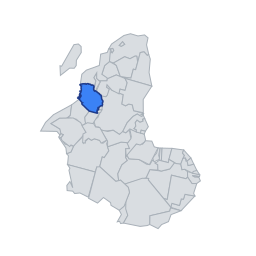 location of United Republic of Tanzania within Africa, rotated 195°
{"feature_id": "TZA", "entity_name": "United Republic of Tanzania", "entity_type": "country or territory", "adm_level": 0, "iso_a3": "TZA", "parent_name": "Africa", "parent_adm1": "", "projection": "mercator", "projection_center": [35.057, -6.356], "detail": "fine", "context": "in_parent", "style": "filled", "palette": "blue", "viewbox_px": 256, "rotation_deg": 195, "n_neighbors": 49, "source": "natural_earth", "source_scale": "50m", "svg_char_len": 13655}
<svg xmlns="http://www.w3.org/2000/svg" viewBox="0 0 256 256"><g transform="rotate(195 128 128)"><path d="M66.2,62.5L66.1,66.6L58.2,66.5L58.2,73.3L56.0,73.6L55.8,78.7L45.8,79.6L55.4,61.8L66.2,62.5Z" fill="#d9dde1" stroke="#a8b0b8" stroke-width="1"/><path d="M158.6,142.8L162.0,152.2L157.2,152.7L156.3,160.7L159.3,161.7L159.5,164.4L153.3,160.3L141.2,159.0L140.1,149.6L136.1,148.8L133.5,151.3L129.8,151.5L127.0,146.2L116.9,146.0L120.4,142.8L122.7,143.9L126.2,140.4L130.2,132.9L132.4,121.6L134.6,119.6L141.8,122.0L149.7,119.0L153.9,119.1L156.4,121.4L159.6,120.6L163.1,126.5L159.9,130.4L158.6,142.8Z" fill="#d9dde1" stroke="#a8b0b8" stroke-width="1"/><path d="M188.4,135.9L187.0,125.1L189.7,121.5L196.6,119.7L203.5,112.3L193.5,109.4L190.8,106.0L192.2,103.8L195.8,106.3L211.6,102.4L209.1,112.1L203.4,121.6L188.4,135.9Z" fill="#d9dde1" stroke="#a8b0b8" stroke-width="1"/><path d="M182.6,143.2L169.7,134.2L172.5,127.2L170.0,121.5L173.1,118.4L180.0,123.1L189.1,122.3L187.0,125.1L188.4,135.9L182.6,143.2Z" fill="#d9dde1" stroke="#a8b0b8" stroke-width="1"/><path d="M147.0,111.8L145.2,110.7L144.3,110.0L144.6,107.2L140.6,101.0L143.3,93.2L145.4,93.4L145.3,82.2L148.1,82.2L148.1,77.0L176.9,77.0L178.4,85.8L180.7,87.3L176.9,90.0L175.5,98.5L170.6,105.8L169.9,110.6L166.9,101.8L163.5,107.9L160.2,106.7L157.7,108.9L152.3,108.7L148.3,106.7L145.4,110.8L147.0,111.8Z" fill="#d9dde1" stroke="#a8b0b8" stroke-width="1"/><path d="M145.3,83.3L145.4,93.4L143.3,93.2L140.6,101.0L142.9,104.6L131.0,112.6L124.4,113.7L121.2,108.5L124.9,107.4L122.8,99.1L120.2,96.5L124.4,90.8L126.0,81.2L123.4,74.7L125.9,73.3L145.3,83.3Z" fill="#d9dde1" stroke="#a8b0b8" stroke-width="1"/><path d="M127.0,204.4L128.2,203.1L132.2,205.7L135.7,204.1L135.7,194.1L138.1,199.6L139.8,199.3L144.0,195.4L149.7,196.0L158.9,187.0L163.1,187.4L164.9,193.0L164.7,196.9L162.8,196.6L161.9,199.4L163.4,200.9L167.1,199.4L165.6,204.9L155.9,216.3L150.0,219.7L142.2,219.5L136.1,222.2L132.0,220.3L131.6,213.1L127.0,204.4ZM157.8,205.5L155.6,205.2L152.9,208.0L155.6,209.9L157.8,205.5Z" fill="#d9dde1" stroke="#a8b0b8" stroke-width="1"/><path d="M157.8,205.5L155.6,209.9L152.9,208.0L155.6,205.2L157.8,205.5Z" fill="#d9dde1" stroke="#a8b0b8" stroke-width="1"/><path d="M163.1,187.4L155.4,185.4L148.7,175.7L153.1,176.2L160.9,170.0L167.2,173.1L166.7,182.3L163.1,187.4Z" fill="#d9dde1" stroke="#a8b0b8" stroke-width="1"/><path d="M158.9,187.0L149.7,196.0L144.0,195.4L139.8,199.3L138.1,199.6L135.7,194.1L135.7,186.3L138.1,186.2L138.1,177.0L148.7,175.7L155.4,185.4L158.9,187.0Z" fill="#d9dde1" stroke="#a8b0b8" stroke-width="1"/><path d="M135.7,186.3L135.7,204.1L132.2,205.7L128.2,203.1L127.0,204.4L124.3,200.3L122.0,187.0L115.8,174.6L148.3,175.3L138.1,177.0L138.1,186.2L135.7,186.3Z" fill="#d9dde1" stroke="#a8b0b8" stroke-width="1"/><path d="M46.6,98.5L44.4,95.6L48.1,91.3L51.8,90.9L57.7,95.9L59.3,101.3L46.7,101.5L46.3,99.6L53.6,98.7L46.6,98.5Z" fill="#d9dde1" stroke="#a8b0b8" stroke-width="1"/><path d="M59.3,101.3L57.7,95.9L58.9,94.0L73.8,93.7L71.6,69.1L75.3,69.1L94.9,83.0L95.0,84.6L97.7,84.4L96.1,93.5L84.7,95.0L77.5,98.8L74.1,106.5L67.7,106.9L65.1,101.7L62.6,102.8L59.3,101.3Z" fill="#d9dde1" stroke="#a8b0b8" stroke-width="1"/><path d="M45.8,79.6L55.8,78.7L56.0,73.6L58.2,73.3L58.2,66.5L66.1,66.6L66.2,62.5L75.3,69.1L71.6,69.1L73.8,93.7L58.9,94.0L57.7,95.9L51.8,90.9L47.2,92.1L47.7,81.9L45.8,79.6Z" fill="#d9dde1" stroke="#a8b0b8" stroke-width="1"/><path d="M93.8,116.6L91.8,116.9L91.3,109.5L89.2,106.2L94.2,101.9L96.5,105.6L93.9,111.1L93.8,116.6Z" fill="#d9dde1" stroke="#a8b0b8" stroke-width="1"/><path d="M123.4,74.7L126.0,81.2L124.4,90.8L120.2,96.5L122.8,99.1L121.8,101.2L119.1,98.5L109.2,100.4L100.5,97.8L97.3,98.6L96.1,103.3L89.8,100.3L88.2,95.1L96.1,93.5L97.7,84.4L116.5,73.1L121.7,75.7L123.4,74.7Z" fill="#d9dde1" stroke="#a8b0b8" stroke-width="1"/><path d="M93.8,116.6L97.9,98.1L109.2,100.4L119.1,98.5L122.7,102.2L115.8,114.8L109.7,116.1L108.0,120.2L101.6,121.5L97.8,116.6L93.8,116.6Z" fill="#d9dde1" stroke="#a8b0b8" stroke-width="1"/><path d="M122.5,100.3L124.9,107.4L121.2,108.5L124.8,113.1L122.5,120.3L126.0,127.6L110.7,126.3L107.9,120.9L108.6,118.5L111.9,114.7L115.8,114.8L122.5,100.3Z" fill="#d9dde1" stroke="#a8b0b8" stroke-width="1"/><path d="M89.5,104.9L91.8,116.9L89.9,117.4L87.2,105.6L89.5,104.9Z" fill="#d9dde1" stroke="#a8b0b8" stroke-width="1"/><path d="M87.3,104.9L89.9,117.4L80.3,119.7L80.1,105.0L87.3,104.9Z" fill="#d9dde1" stroke="#a8b0b8" stroke-width="1"/><path d="M67.7,106.9L72.2,106.1L80.4,108.3L80.3,119.7L68.5,121.2L68.9,117.9L66.4,116.1L67.7,106.9Z" fill="#d9dde1" stroke="#a8b0b8" stroke-width="1"/><path d="M54.0,101.0L62.6,102.8L65.1,101.7L67.7,106.9L67.1,113.1L64.9,114.0L63.5,111.0L61.7,111.5L60.2,107.3L55.1,110.1L50.5,104.8L54.0,101.0Z" fill="#d9dde1" stroke="#a8b0b8" stroke-width="1"/><path d="M46.7,101.5L54.0,101.0L53.8,102.9L50.5,104.8L46.7,101.5Z" fill="#d9dde1" stroke="#a8b0b8" stroke-width="1"/><path d="M66.8,113.1L66.4,116.1L68.9,117.9L68.5,121.2L59.5,115.3L62.4,111.3L64.9,114.0L66.8,113.1Z" fill="#d9dde1" stroke="#a8b0b8" stroke-width="1"/><path d="M55.1,110.1L60.2,107.3L62.4,111.3L59.5,115.3L55.1,110.1Z" fill="#d9dde1" stroke="#a8b0b8" stroke-width="1"/><path d="M74.1,106.5L76.9,99.4L84.7,95.0L88.2,95.1L89.8,100.3L92.6,100.9L89.5,104.9L80.1,105.0L80.4,108.3L74.1,106.5Z" fill="#d9dde1" stroke="#a8b0b8" stroke-width="1"/><path d="M153.9,119.1L146.6,119.4L141.8,122.0L134.6,119.6L132.2,123.3L128.9,122.8L126.2,126.3L122.4,118.6L124.4,113.7L131.0,112.6L142.9,104.6L144.3,110.0L153.9,119.1Z" fill="#d9dde1" stroke="#a8b0b8" stroke-width="1"/><path d="M132.2,123.3L130.2,132.9L126.2,140.4L122.7,143.9L118.0,142.6L116.3,144.1L114.3,141.5L116.1,140.2L115.2,138.6L117.9,136.6L121.3,137.9L122.4,135.1L120.9,131.8L122.0,128.9L119.6,128.6L119.1,126.3L126.0,127.6L128.9,122.8L132.2,123.3Z" fill="#d9dde1" stroke="#a8b0b8" stroke-width="1"/><path d="M114.7,126.3L118.8,126.2L119.6,128.6L122.0,128.9L120.9,131.8L122.4,135.1L121.3,137.9L117.9,136.6L115.2,138.6L116.1,140.2L114.3,141.5L108.7,134.5L110.4,129.4L114.7,129.3L114.7,126.3Z" fill="#d9dde1" stroke="#a8b0b8" stroke-width="1"/><path d="M110.7,126.3L114.7,126.3L114.7,129.3L110.4,129.4L110.7,126.3Z" fill="#d9dde1" stroke="#a8b0b8" stroke-width="1"/><path d="M162.0,152.2L168.1,155.5L166.8,165.5L168.1,166.2L160.7,168.2L160.9,170.0L153.1,176.2L143.7,175.1L140.5,171.5L140.6,163.5L145.7,163.5L145.4,158.6L153.3,160.3L159.5,164.4L159.3,161.7L156.3,160.7L156.5,154.2L157.8,152.4L162.0,152.2Z" fill="#d9dde1" stroke="#a8b0b8" stroke-width="1"/><path d="M167.0,154.4L170.7,156.7L171.3,165.2L174.1,167.8L172.5,173.3L171.1,167.8L166.8,165.5L168.7,157.6L167.0,154.4Z" fill="#d9dde1" stroke="#a8b0b8" stroke-width="1"/><path d="M171.3,160.1L178.4,160.2L185.3,157.1L186.5,168.0L183.2,173.1L171.9,181.0L173.5,192.3L167.6,195.6L167.1,199.4L165.3,199.4L163.1,187.4L166.7,182.3L167.2,173.1L161.1,171.0L160.7,168.2L168.1,166.2L171.1,167.8L172.5,173.3L174.1,167.8L171.3,165.2L171.3,160.1Z" fill="#d9dde1" stroke="#a8b0b8" stroke-width="1"/><path d="M165.3,199.4L163.4,200.9L161.9,199.4L162.8,196.6L165.3,199.4Z" fill="#d9dde1" stroke="#a8b0b8" stroke-width="1"/><path d="M116.3,144.1L118.0,144.0L116.9,146.0L116.3,144.1ZM117.2,146.7L127.0,146.2L129.8,151.5L133.5,151.3L136.1,148.8L140.1,149.6L141.2,159.0L145.7,159.4L145.7,163.5L140.6,163.5L140.5,171.5L143.7,175.1L115.8,174.6L120.7,159.5L117.2,146.7Z" fill="#d9dde1" stroke="#a8b0b8" stroke-width="1"/><path d="M161.4,137.7L162.1,140.0L158.6,142.8L157.9,138.8L161.4,137.7Z" fill="#d9dde1" stroke="#a8b0b8" stroke-width="1"/><path d="M206.9,161.3L209.8,170.5L208.1,170.5L201.8,194.5L197.7,196.3L194.4,194.6L192.7,188.8L195.4,180.1L194.2,174.9L195.4,171.8L199.9,170.7L206.9,161.3Z" fill="#d9dde1" stroke="#a8b0b8" stroke-width="1"/><path d="M46.3,99.6L50.6,97.8L53.6,98.7L46.3,99.6Z" fill="#d9dde1" stroke="#a8b0b8" stroke-width="1"/><path d="M110.3,54.4L105.6,43.5L107.8,35.0L110.4,33.8L112.0,35.7L114.1,34.6L112.0,42.8L115.2,46.3L110.3,54.4Z" fill="#d9dde1" stroke="#a8b0b8" stroke-width="1"/><path d="M66.2,62.5L66.2,58.5L84.1,48.9L82.0,40.4L84.3,38.7L90.8,36.1L107.8,35.0L105.6,43.5L109.3,49.3L111.1,56.9L109.9,66.1L112.3,70.7L116.5,73.1L101.1,83.2L95.0,84.6L94.9,83.0L66.2,62.5Z" fill="#d9dde1" stroke="#a8b0b8" stroke-width="1"/><path d="M175.9,96.4L176.9,90.0L180.7,87.3L182.8,92.6L192.1,100.7L190.3,101.1L184.6,96.1L175.9,96.4Z" fill="#d9dde1" stroke="#a8b0b8" stroke-width="1"/><path d="M55.4,61.8L64.0,55.5L64.7,48.0L70.5,43.5L72.9,38.6L82.0,40.4L84.1,48.9L66.2,58.5L66.2,61.8L55.4,61.8Z" fill="#d9dde1" stroke="#a8b0b8" stroke-width="1"/><path d="M176.9,77.0L148.1,77.0L148.5,50.9L157.6,52.8L162.6,50.9L165.0,52.7L170.6,51.8L172.2,56.7L170.3,61.3L165.9,56.0L174.1,71.9L173.7,74.1L176.9,77.0Z" fill="#d9dde1" stroke="#a8b0b8" stroke-width="1"/><path d="M147.9,49.9L148.1,82.2L145.3,83.3L125.9,73.3L121.7,75.7L112.3,70.7L109.9,66.1L111.5,51.4L115.2,46.3L124.4,48.9L125.5,51.4L133.7,54.5L138.0,47.6L147.9,49.9Z" fill="#d9dde1" stroke="#a8b0b8" stroke-width="1"/><path d="M203.5,112.3L196.6,119.7L183.5,123.5L175.2,121.0L167.4,112.9L175.9,96.4L178.7,96.9L179.5,95.0L188.5,98.8L190.3,101.1L188.8,104.8L191.3,105.1L193.5,109.4L203.5,112.3Z" fill="#d9dde1" stroke="#a8b0b8" stroke-width="1"/><path d="M190.3,101.1L192.6,101.5L191.3,105.1L188.8,104.8L190.3,101.1Z" fill="#d9dde1" stroke="#a8b0b8" stroke-width="1"/><path d="M169.7,134.2L159.2,135.1L163.3,122.6L170.0,121.5L171.1,123.2L172.5,127.2L169.7,134.2Z" fill="#d9dde1" stroke="#a8b0b8" stroke-width="1"/><path d="M161.3,134.6L162.1,137.4L157.9,138.8L158.5,135.8L161.3,134.6Z" fill="#d9dde1" stroke="#a8b0b8" stroke-width="1"/><path d="M162.3,123.3L159.6,120.6L155.3,121.1L145.4,110.8L150.0,106.4L152.3,108.7L157.7,108.9L160.2,106.7L163.5,107.9L166.1,104.7L165.3,102.5L168.0,102.0L169.9,110.6L167.4,112.9L173.1,118.4L168.5,122.6L162.3,123.3Z" fill="#d9dde1" stroke="#a8b0b8" stroke-width="1"/><path d="M167.3,154.8L167.2,154.8L166.9,154.6L166.6,154.5L166.3,154.3L166.2,154.2L165.9,154.2L165.6,154.1L165.4,154.0L165.2,154.0L164.9,153.9L164.9,153.7L164.7,153.6L164.4,153.6L164.2,153.5L164.0,153.3L164.0,153.1L163.8,153.0L163.5,152.9L162.9,152.9L162.6,152.7L162.4,152.5L162.3,152.3L162.1,152.0L162.1,151.8L162.0,151.6L161.8,151.3L161.6,150.8L161.4,150.5L161.2,150.0L161.2,149.7L161.0,149.4L160.8,149.0L160.6,148.8L160.5,148.7L160.2,148.4L159.8,148.2L159.5,148.0L159.2,147.4L159.1,147.2L159.0,146.9L159.0,146.5L159.0,146.4L159.3,145.9L159.3,145.6L159.1,145.2L159.0,144.8L158.8,144.5L158.6,144.0L158.6,143.8L158.6,143.6L158.7,143.2L158.8,142.8L158.8,142.7L159.6,142.7L160.1,142.3L160.6,141.8L160.7,141.6L160.9,141.2L161.1,141.0L161.2,140.9L161.2,140.7L161.3,140.6L161.5,140.3L161.8,140.2L161.7,140.0L161.8,140.0L161.9,139.9L162.2,139.8L162.2,139.6L162.2,139.4L162.2,139.2L161.7,139.0L161.5,138.9L161.4,138.9L161.3,138.7L161.4,138.4L161.3,138.2L161.5,137.7L161.8,137.6L162.0,137.6L162.3,137.5L162.3,137.4L162.4,137.1L162.3,136.8L162.2,136.6L162.2,136.3L162.3,136.0L162.2,135.6L162.1,135.4L162.0,135.2L161.8,135.2L161.5,134.8L161.4,134.6L161.5,134.4L161.9,134.4L162.0,134.3L162.3,134.3L162.6,134.3L163.0,134.3L163.4,134.3L163.9,134.3L164.3,134.3L164.7,134.3L165.1,134.3L165.6,134.3L166.0,134.3L166.4,134.3L166.9,134.3L167.3,134.3L167.7,134.3L168.2,134.3L168.6,134.3L169.0,134.3L169.5,134.3L169.9,134.3L170.1,134.4L170.3,134.5L170.8,134.8L171.3,135.1L171.8,135.4L172.4,135.6L172.9,135.9L173.4,136.2L173.9,136.5L174.4,136.8L175.0,137.1L175.5,137.4L176.0,137.7L176.5,138.0L177.0,138.2L177.6,138.5L178.1,138.8L178.6,139.1L178.8,139.3L178.9,139.6L178.9,139.9L178.8,140.1L178.8,140.3L178.7,140.4L178.8,140.4L179.0,140.5L179.2,140.8L179.4,140.9L179.8,141.2L180.2,141.5L180.5,141.8L180.9,142.0L181.3,142.3L181.7,142.6L182.0,142.8L182.4,143.1L182.6,143.2L182.7,143.3L182.6,143.5L182.4,144.0L182.3,144.4L182.3,144.6L182.1,145.3L181.9,145.6L181.7,146.2L181.7,146.6L181.8,147.0L181.8,147.3L182.1,147.6L182.3,147.7L182.4,147.8L182.7,148.1L182.8,148.5L183.3,148.6L183.5,149.0L183.4,149.2L183.2,149.4L183.0,149.7L182.8,150.2L182.8,150.8L182.9,150.7L183.2,150.9L183.2,151.4L183.0,152.0L182.9,152.2L182.9,152.5L183.1,153.1L183.3,153.5L183.2,153.7L183.7,154.3L183.7,154.8L183.8,155.3L183.9,155.6L184.0,155.9L184.0,156.1L183.9,156.3L184.2,156.3L184.4,156.5L184.5,156.7L184.8,156.7L184.9,156.8L185.1,156.9L185.5,157.2L185.6,157.3L185.4,157.7L185.0,158.0L184.5,158.3L184.1,158.5L183.8,158.7L183.5,158.7L183.2,158.9L182.9,159.1L182.6,159.2L182.1,159.2L181.6,159.3L181.2,159.6L180.9,159.8L180.5,159.5L180.1,159.5L179.7,159.5L179.4,159.6L179.3,160.0L179.0,160.2L178.6,160.4L178.2,160.5L177.8,160.5L177.5,160.4L177.4,160.2L177.2,160.2L176.7,160.3L176.5,160.5L176.1,160.5L175.6,160.5L175.3,160.4L175.0,160.1L174.6,159.9L174.3,159.9L174.1,160.1L173.9,160.2L173.8,160.3L173.6,160.3L173.5,160.2L173.4,160.2L172.8,160.2L172.3,160.2L172.3,159.9L172.1,159.7L171.9,159.6L171.7,159.4L171.6,159.2L171.4,158.9L171.4,158.7L171.6,158.5L171.6,158.3L171.6,158.0L171.5,157.8L171.4,157.6L171.4,157.3L171.4,157.2L171.4,156.9L171.2,156.5L171.2,156.4L171.1,156.2L170.8,155.7L170.2,155.2L169.9,155.1L169.9,155.4L169.8,155.5L169.7,155.5L169.4,155.3L169.2,155.3L168.8,155.3L168.7,155.4L168.3,155.1L168.1,155.1L167.9,155.0L167.5,154.8L167.4,154.8L167.3,154.8ZM183.3,146.9L183.5,147.4L183.5,147.5L183.4,147.6L183.2,147.5L183.2,147.3L182.9,147.1L182.7,147.1L182.6,146.9L182.6,146.7L182.6,146.3L182.8,146.1L182.9,145.8L183.0,146.0L183.0,146.3L183.2,146.7L183.3,146.9L183.3,146.9ZM184.2,143.8L184.3,143.9L184.2,144.0L184.2,144.4L184.2,144.6L184.1,145.0L183.9,145.1L183.7,144.9L183.8,144.3L183.8,143.8L184.0,143.9L184.2,143.8ZM183.9,151.3L183.7,151.3L183.6,151.2L183.9,151.0L184.2,150.7L184.3,150.5L184.1,151.1L183.9,151.3Z" fill="#3b82f6" stroke="#1e3a8a" stroke-width="1.5"/></g></svg>